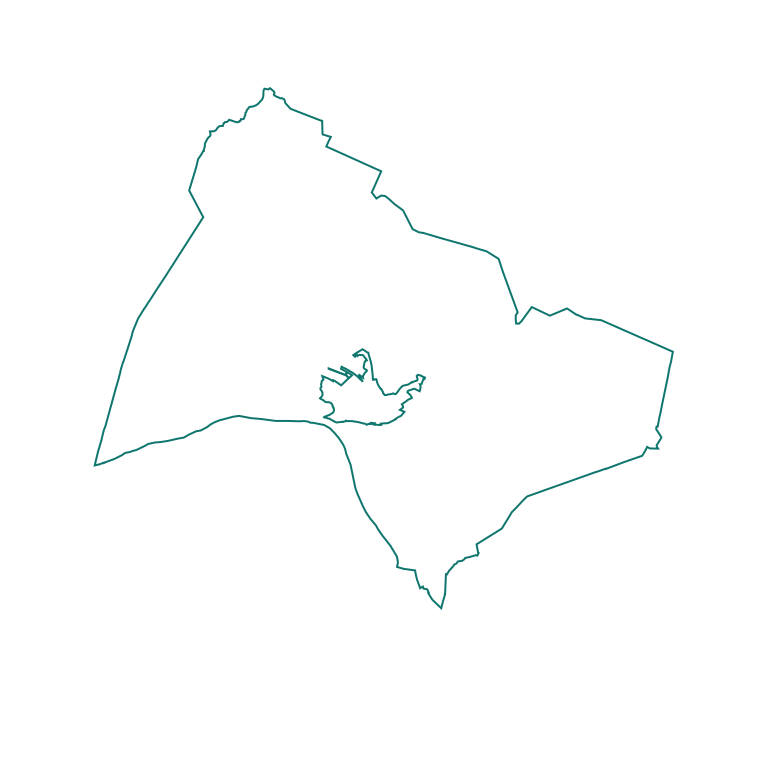 the district of Kokneses pag., Kokneses, Latvia, rotated 28°
{"feature_id": "27541924B28822994626214", "entity_name": "Kokneses pag.", "entity_type": "district", "adm_level": 2, "iso_a3": "LVA", "parent_name": "Latvia", "parent_adm1": "Kokneses", "projection": "albers", "projection_center": [25.417, 56.656], "detail": "fine", "context": "isolated", "style": "outline", "palette": "teal", "viewbox_px": 768, "rotation_deg": 28, "n_neighbors": 0, "source": "geoboundaries", "source_scale": "gbopen_adm2", "svg_char_len": 6130}
<svg xmlns="http://www.w3.org/2000/svg" viewBox="0 0 768 768"><g transform="rotate(28 384 384)"><path d="M623.9,219.9L545.8,225.7L530.7,231.7L522.2,232.2L521.7,232.5L510.1,231.4L498.4,245.8L478.4,246.7L476.0,263.2L476.1,263.3L476.0,263.6L474.8,267.4L472.3,268.6L470.4,265.8L468.1,261.6L468.4,258.0L436.6,229.4L426.5,219.7L412.3,218.7L400.7,221.1L399.4,221.2L367.3,228.2L347.7,232.2L343.5,233.7L336.5,233.8L319.4,221.8L309.2,220.3L300.0,218.0L296.7,217.5L293.0,219.0L290.2,223.8L283.3,220.6L281.7,197.5L221.6,201.4L221.1,195.0L221.1,190.8L212.9,192.4L212.4,192.2L205.8,180.6L204.2,181.1L172.3,184.9L165.1,182.3L162.9,180.0L162.1,179.5L159.4,179.6L158.5,180.4L157.7,180.5L155.4,180.5L153.9,180.9L153.0,180.5L151.6,180.7L150.7,180.0L150.7,178.5L150.4,178.0L149.7,177.5L144.7,176.3L144.2,176.6L143.8,178.0L143.3,178.3L139.8,179.4L139.9,181.3L140.2,182.2L142.3,186.5L142.8,188.9L142.8,190.2L142.4,191.4L141.4,195.5L140.6,197.2L140.0,198.2L138.0,200.5L135.3,202.4L134.8,203.3L134.8,204.7L134.3,206.4L134.5,207.1L134.4,207.6L134.7,208.5L134.4,209.9L135.3,211.5L135.2,213.0L135.6,214.3L135.7,215.1L135.5,216.1L134.4,216.8L133.4,217.1L133.4,217.7L133.7,218.6L133.7,219.0L133.0,219.5L132.9,219.8L133.1,220.2L132.4,221.3L130.6,222.2L123.2,223.4L122.9,225.0L122.2,226.4L120.6,227.5L120.5,228.5L120.3,229.0L120.0,229.1L120.6,231.7L118.3,233.1L117.3,234.2L116.7,236.1L116.6,238.2L115.7,240.1L114.8,240.9L111.7,242.7L113.5,244.8L114.1,246.4L113.2,249.0L113.0,250.4L113.0,255.6L114.3,258.5L114.9,261.6L115.5,262.8L115.0,263.0L114.9,267.5L114.3,272.7L116.6,281.6L121.1,304.6L146.1,321.6L140.5,391.0L138.8,408.9L138.0,419.8L137.5,423.4L137.4,426.6L136.9,430.4L136.2,440.5L136.2,442.2L137.2,452.4L137.5,454.4L137.5,455.4L138.9,460.9L143.5,487.0L143.3,487.2L145.0,495.6L145.7,497.6L146.6,501.9L146.7,501.5L149.3,513.9L149.3,514.9L149.6,515.3L157.8,552.0L158.3,556.4L160.6,565.4L160.8,565.7L162.0,572.1L162.3,572.7L162.9,576.6L166.8,591.7L170.6,588.4L173.6,584.9L173.9,585.2L174.8,583.8L181.0,576.9L186.2,569.6L187.8,566.4L191.5,563.4L193.8,560.8L196.3,558.6L202.2,550.5L203.9,547.7L209.3,543.1L213.9,540.2L219.9,535.7L228.0,528.7L232.4,525.3L235.5,520.3L240.4,513.9L243.9,511.2L248.0,505.2L249.7,501.4L252.1,497.7L255.6,493.5L266.4,483.5L271.0,480.2L282.5,476.6L292.7,472.3L305.6,467.5L316.7,461.6L326.3,456.9L331.1,454.1L335.1,452.7L337.0,452.8L339.7,451.5L350.4,448.3L357.1,448.5L363.7,450.6L369.6,453.0L376.4,456.7L379.3,458.9L381.3,460.9L383.5,463.4L392.3,470.9L406.8,488.4L409.0,490.7L412.7,493.9L422.6,501.7L428.0,505.5L435.0,509.3L443.2,512.6L447.3,515.3L453.8,518.6L465.6,523.8L476.4,530.3L480.0,534.8L481.4,539.4L488.0,538.0L499.0,534.0L501.5,537.3L505.2,541.4L511.8,547.3L512.3,546.3L513.4,544.6L514.8,546.1L518.4,545.0L521.6,547.3L521.2,547.8L521.3,547.9L527.2,551.4L529.4,552.2L539.8,555.1L538.0,547.7L537.2,543.5L536.4,541.0L536.6,540.9L528.0,522.9L528.9,522.7L529.1,518.7L530.7,512.2L530.8,510.5L532.2,508.6L532.4,507.6L532.3,507.4L532.8,505.7L535.9,503.6L537.1,501.3L537.3,500.6L537.3,499.5L540.6,496.8L545.5,492.0L547.0,491.7L546.9,489.2L546.7,489.3L541.0,482.1L555.9,456.3L556.9,440.2L557.0,437.3L559.3,429.5L561.0,423.0L562.8,417.0L563.3,415.9L612.3,362.3L612.5,362.3L619.6,354.6L619.8,354.8L632.5,340.4L645.7,326.1L646.0,320.7L645.9,317.6L645.9,316.0L648.9,316.1L656.3,312.4L654.7,311.5L653.5,310.2L654.1,301.4L653.7,300.7L645.4,296.0L644.7,293.6L645.6,293.2L642.2,282.0L641.8,280.1L639.0,271.0L631.7,245.8L628.3,235.3L627.0,229.7L623.9,219.9ZM408.3,379.2L408.5,380.3L412.2,381.3L415.2,383.1L415.1,383.4L412.8,386.3L411.6,389.0L409.3,393.5L411.1,394.6L411.9,395.8L410.2,399.4L415.1,399.0L413.9,404.3L412.5,406.0L410.3,410.0L410.6,410.1L406.5,415.9L405.2,417.2L402.5,418.7L399.8,420.6L400.7,421.4L399.2,422.4L396.3,423.5L395.1,424.3L394.3,422.9L393.5,423.4L394.2,424.3L393.2,424.7L392.5,423.7L391.0,424.2L390.2,425.2L390.9,425.7L389.0,426.6L387.9,428.1L386.1,427.9L383.7,428.7L380.3,429.4L375.9,430.8L375.6,431.1L373.8,431.5L368.1,434.4L367.6,434.3L367.6,434.6L367.3,435.2L366.3,435.9L365.7,436.8L365.0,436.8L364.8,437.1L362.9,438.3L360.5,440.1L358.2,440.5L357.0,440.2L356.1,440.4L353.6,440.4L352.2,440.1L351.2,440.7L349.1,440.9L346.9,441.6L346.6,441.5L347.0,440.6L348.5,439.2L349.4,437.8L350.3,437.2L351.1,435.5L352.3,433.5L352.5,432.2L352.1,430.5L351.0,429.0L350.6,429.0L350.3,428.4L349.8,428.4L348.9,427.7L348.7,427.1L348.5,426.9L347.5,426.2L345.9,425.7L343.9,425.9L341.9,427.0L340.4,427.4L338.3,426.8L334.9,426.9L334.2,426.7L334.4,425.9L334.8,424.9L334.9,423.1L334.7,422.2L333.6,420.4L332.5,419.6L330.6,418.7L330.1,418.1L329.8,417.4L330.1,416.3L330.0,415.7L328.6,413.8L328.0,411.3L327.6,410.6L328.5,408.6L325.8,406.0L332.4,405.3L337.7,405.4L337.4,404.5L338.6,404.3L346.8,405.3L350.1,395.4L346.5,394.2L328.0,396.6L327.8,396.2L346.3,394.0L346.3,393.8L346.0,392.8L345.5,392.4L345.6,392.0L346.0,392.1L345.9,392.4L346.6,394.0L350.3,395.1L351.7,391.2L345.8,390.8L338.9,390.8L338.5,388.7L343.6,388.5L352.0,388.9L357.4,389.9L361.4,391.2L361.7,390.8L362.3,390.9L364.3,392.2L362.4,390.7L358.9,389.3L357.7,389.1L357.8,387.6L362.5,388.2L361.9,387.5L361.7,386.4L361.8,384.2L362.0,382.7L362.7,380.5L362.3,379.9L359.5,379.7L358.3,379.0L357.2,376.0L356.5,372.9L357.8,371.2L356.5,370.3L356.4,370.5L352.0,368.4L351.0,368.6L350.4,369.2L348.6,369.8L347.6,371.2L347.5,371.6L346.2,370.9L345.6,373.6L343.3,372.9L345.8,368.3L348.5,363.9L348.7,363.4L355.4,364.0L355.6,363.8L356.3,364.8L361.7,370.3L364.6,373.8L370.3,382.2L372.0,385.2L372.5,384.8L372.7,385.2L373.2,385.0L374.5,383.6L375.0,383.4L377.9,386.5L379.6,387.8L382.0,389.2L383.5,389.6L383.4,389.8L384.6,390.1L384.7,390.4L387.0,391.6L387.2,392.1L388.3,392.7L388.2,392.8L389.9,393.4L391.0,392.8L392.4,391.5L394.8,389.7L396.1,388.5L396.4,388.0L398.2,387.9L399.0,387.4L399.5,386.0L400.3,380.3L401.0,377.8L401.6,376.6L405.3,373.4L406.0,372.5L407.6,369.3L408.1,369.5L408.8,368.3L411.5,365.4L411.4,365.3L411.5,364.4L411.3,363.9L409.1,361.5L409.6,360.0L412.9,359.2L413.1,359.4L417.2,359.1L417.4,360.7L416.4,360.9L417.1,366.0L417.7,365.5L416.3,367.2L415.8,367.4L417.1,368.4L417.5,369.1L418.7,372.2L418.8,373.7L413.0,373.9L408.8,378.3L408.3,379.2Z" fill="none" stroke="#0f766e" stroke-width="2"/></g></svg>